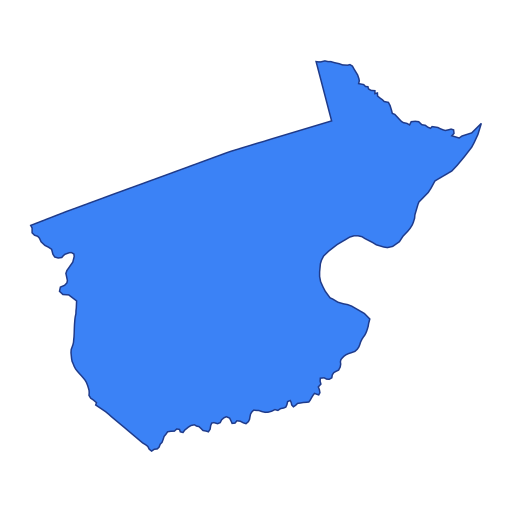 Babaçulândia, Tocantins, Brazil
{"feature_id": "56859067B67611214994680", "entity_name": "Babaçulândia", "entity_type": "district", "adm_level": 2, "iso_a3": "BRA", "parent_name": "Brazil", "parent_adm1": "Tocantins", "projection": "mercator", "projection_center": [-47.831, -7.162], "detail": "fine", "context": "isolated", "style": "filled", "palette": "blue", "viewbox_px": 512, "rotation_deg": 0, "n_neighbors": 0, "source": "geoboundaries", "source_scale": "gbopen_adm2", "svg_char_len": 3836}
<svg xmlns="http://www.w3.org/2000/svg" viewBox="0 0 512 512"><path d="M95.7,405.0L105.5,411.6L108.9,414.4L111.3,416.6L119.7,423.6L124.4,427.5L127.1,429.8L142.6,442.9L145.6,444.7L147.8,446.4L149.2,449.2L151.6,451.1L154.2,449.3L157.3,448.9L159.1,447.1L160.2,444.2L162.0,442.4L163.1,439.5L164.1,436.4L165.8,434.4L167.6,431.8L170.5,431.3L174.4,431.1L176.7,429.0L179.5,429.4L180.3,431.8L183.0,432.5L184.8,430.0L186.6,428.6L188.4,427.1L191.0,425.5L194.4,424.8L196.6,426.1L199.0,426.6L200.8,428.3L203.0,430.5L206.2,431.1L208.4,431.8L210.1,429.2L210.7,425.5L211.7,423.1L213.9,422.6L217.6,423.7L220.2,422.6L221.6,419.8L223.8,417.9L226.3,416.7L229.6,418.1L231.1,421.1L232.1,423.4L235.0,423.1L236.9,420.8L240.2,421.2L243.3,422.8L246.0,423.7L248.4,421.6L249.5,419.4L250.0,416.6L250.6,413.9L252.1,411.6L253.8,410.1L256.0,410.4L258.9,410.5L262.0,411.6L265.1,412.3L268.1,412.2L271.7,411.2L274.9,409.6L277.9,410.4L280.6,408.6L283.7,408.0L285.8,407.1L286.9,404.7L287.6,401.6L290.2,400.5L291.2,402.5L291.7,404.9L293.4,406.8L295.6,405.3L297.6,403.4L300.4,403.0L303.2,402.5L306.3,402.3L308.8,402.0L310.1,400.3L311.5,397.8L313.0,395.3L314.5,393.4L316.7,394.2L318.7,394.9L319.9,392.7L319.4,389.8L318.3,386.9L320.9,384.1L320.1,381.2L320.3,378.2L324.1,377.8L326.6,379.1L329.2,379.3L331.8,377.8L332.3,374.8L333.8,372.6L335.9,371.4L338.6,370.1L340.2,367.0L340.7,364.1L340.4,361.8L340.9,359.6L342.4,357.8L344.1,356.1L346.1,354.7L348.5,353.6L351.3,352.7L354.9,351.4L357.3,349.2L358.8,347.0L359.7,344.8L360.6,342.0L361.9,339.3L363.3,337.1L364.6,335.4L365.7,333.4L366.6,331.3L367.4,328.9L368.2,326.2L368.6,323.6L369.8,319.0L364.4,313.5L351.6,306.1L347.6,304.6L343.4,303.8L337.9,302.2L332.8,299.1L330.0,297.8L325.2,291.2L323.0,287.0L320.6,281.7L319.6,276.5L319.6,271.9L320.4,263.7L321.5,260.1L323.6,256.0L328.7,251.1L337.2,244.5L349.7,237.1L354.0,235.8L358.1,235.8L362.0,236.7L364.8,238.5L372.8,242.6L376.3,244.8L383.7,247.0L387.4,247.6L392.7,246.4L399.4,241.7L403.0,236.2L407.6,231.4L410.2,228.2L412.2,225.0L413.3,222.4L414.6,218.2L414.9,214.8L416.6,209.0L418.0,204.3L418.9,202.0L428.2,192.5L431.0,188.2L434.9,181.0L436.8,179.8L451.8,171.0L457.1,165.4L464.5,156.5L471.7,147.2L474.2,142.5L477.9,134.5L481.3,123.4L471.7,132.9L462.0,136.0L459.2,138.0L451.8,135.8L454.0,133.4L453.6,129.9L451.1,129.1L448.6,129.8L445.3,130.5L443.2,129.9L440.0,128.6L437.9,127.5L435.5,127.1L432.1,126.6L430.5,128.3L427.7,127.1L425.3,125.3L421.8,124.7L418.7,121.7L415.2,121.3L411.2,121.7L409.6,124.9L406.9,123.4L403.3,122.6L401.4,121.4L399.2,119.1L394.8,114.4L392.3,113.4L391.6,110.6L390.1,105.6L388.4,102.4L384.1,101.5L382.5,99.8L380.2,98.2L377.6,96.1L377.4,93.0L374.9,93.6L374.9,90.7L371.0,90.4L368.5,88.9L367.9,86.7L365.5,86.5L363.7,84.6L358.6,83.6L359.3,80.8L358.9,78.7L357.6,74.9L354.0,69.0L352.4,66.1L349.9,64.6L347.6,65.2L342.5,64.9L339.2,63.7L334.6,62.7L330.8,61.6L328.0,61.6L324.9,60.9L320.7,61.9L318.5,61.9L316.1,61.6L331.6,120.9L272.0,138.8L262.4,141.8L257.4,143.2L231.2,151.2L228.8,152.0L225.4,153.2L159.8,177.3L113.9,194.0L108.5,196.0L70.3,210.1L66.9,211.3L30.7,225.4L32.1,228.0L32.1,232.8L34.5,235.2L37.7,236.3L39.4,238.1L41.1,241.8L44.9,245.4L48.5,247.2L51.6,249.3L52.9,254.2L54.7,257.0L58.2,258.0L61.8,257.5L63.3,255.7L64.9,254.3L69.3,252.7L71.5,252.6L73.9,254.0L74.2,256.5L72.8,262.1L66.9,270.5L65.9,273.4L67.4,280.5L66.9,282.9L64.6,285.3L60.4,287.1L59.5,291.3L62.9,294.5L68.7,294.9L76.6,300.9L76.3,308.0L76.0,310.7L75.9,313.8L75.2,317.0L74.9,319.4L74.7,321.9L74.5,324.4L74.4,326.8L74.3,329.3L74.2,333.0L74.0,337.0L73.7,339.8L73.5,342.3L73.0,344.5L72.2,346.8L71.2,349.5L71.0,352.7L71.3,355.8L71.6,358.7L72.1,361.4L73.1,363.6L74.2,366.4L75.6,369.0L77.5,371.4L79.5,373.7L81.0,375.3L83.0,377.6L84.9,379.9L86.4,382.4L87.7,385.7L88.4,388.0L89.1,390.6L89.2,392.9L89.0,395.4L90.7,398.2L93.4,400.0L96.5,402.7L95.7,405.0Z" fill="#3b82f6" stroke="#1e3a8a" stroke-width="1.5"/></svg>